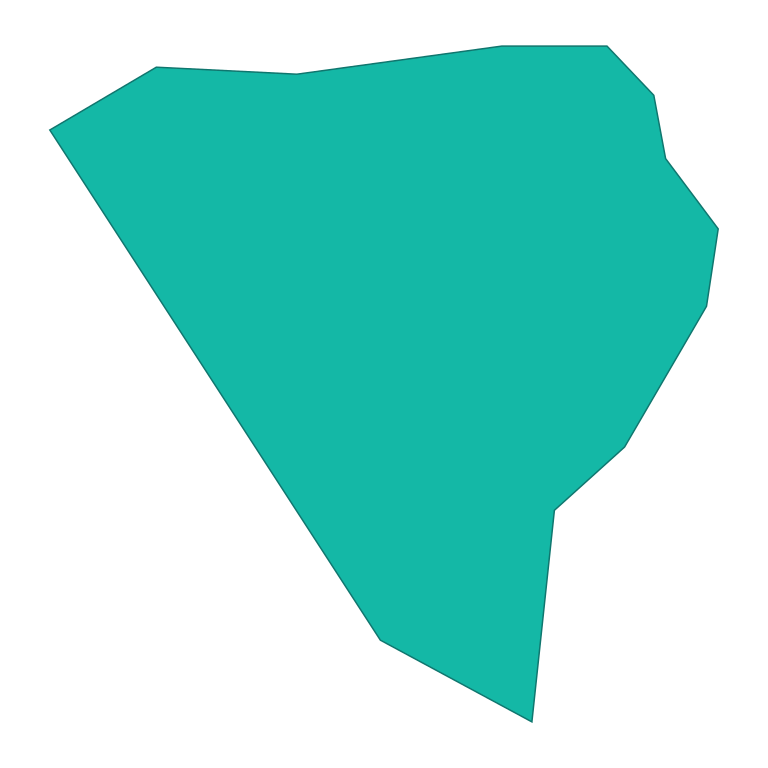 the border of Dingli
{"feature_id": "MLT-5947", "entity_name": "Dingli", "entity_type": "state/province", "adm_level": 1, "iso_a3": "MLT", "parent_name": "Malta", "parent_adm1": "", "projection": "robinson", "projection_center": [14.387, 35.854], "detail": "fine", "context": "isolated", "style": "filled", "palette": "teal", "viewbox_px": 768, "rotation_deg": 0, "n_neighbors": 0, "source": "natural_earth", "source_scale": "10m", "svg_char_len": 294}
<svg xmlns="http://www.w3.org/2000/svg" viewBox="0 0 768 768"><path d="M531.9,721.9L380.4,640.2L49.8,130.0L156.3,67.2L296.8,74.2L501.7,46.1L607.0,46.1L653.8,95.3L665.6,158.6L718.2,228.9L706.5,306.3L624.6,447.0L554.4,510.3L531.9,721.9Z" fill="#14b8a6" stroke="#0f766e" stroke-width="1.5"/></svg>